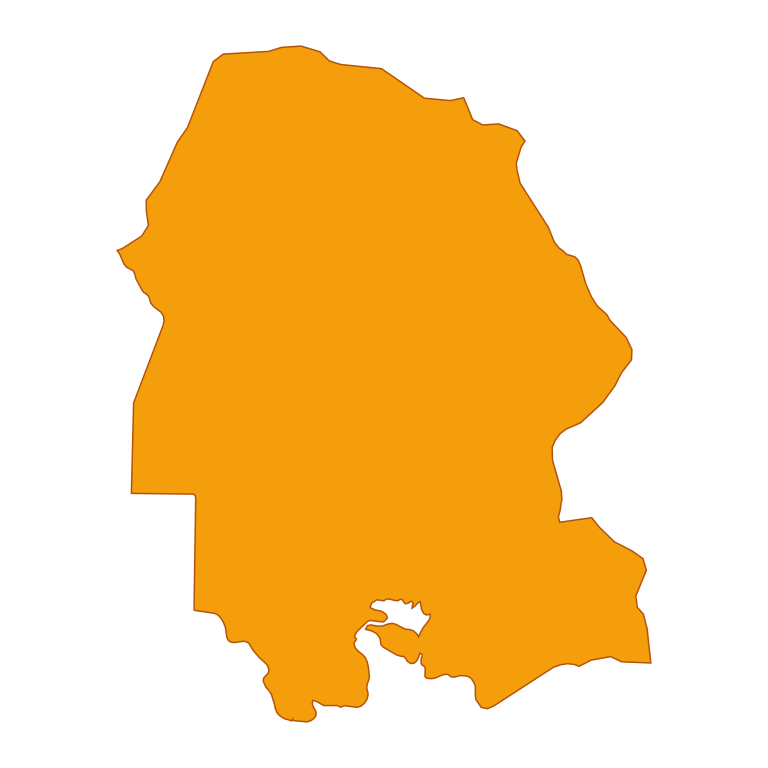 the Province of Khuzestan
{"feature_id": "IRN-3219", "entity_name": "Khuzestan", "entity_type": "Province", "adm_level": 1, "iso_a3": "IRN", "parent_name": "Iran", "parent_adm1": "", "projection": "albers", "projection_center": [48.994, 31.501], "detail": "fine", "context": "isolated", "style": "filled", "palette": "amber", "viewbox_px": 768, "rotation_deg": 0, "n_neighbors": 0, "source": "natural_earth", "source_scale": "10m", "svg_char_len": 3649}
<svg xmlns="http://www.w3.org/2000/svg" viewBox="0 0 768 768"><path d="M233.6,642.5L231.4,642.2L229.3,641.2L227.8,639.6L226.9,637.5L225.5,627.8L223.8,623.1L221.4,618.7L218.3,615.3L216.3,614.1L214.2,613.3L194.3,610.3L194.1,603.6L195.7,498.2L195.1,495.3L193.1,494.1L131.4,493.4L132.7,440.5L133.6,403.0L162.9,325.9L164.1,320.9L163.6,316.3L161.1,312.3L153.8,306.7L150.9,303.3L150.3,301.7L149.3,297.8L148.3,295.9L146.9,294.5L143.6,292.3L142.3,290.5L135.8,278.5L135.0,274.6L133.2,270.7L126.8,267.4L124.0,264.1L119.9,254.5L117.2,250.5L122.2,248.6L141.7,236.1L148.4,225.4L146.4,211.4L146.2,200.2L159.9,181.7L177.3,142.2L187.5,127.5L213.3,61.6L223.2,54.1L268.6,51.4L281.5,47.4L301.0,46.1L320.0,51.8L329.4,61.0L340.8,64.5L381.5,68.7L424.4,98.2L450.3,100.6L463.7,97.7L472.7,119.7L482.7,125.0L498.7,123.9L517.2,130.8L525.0,141.1L521.0,147.2L516.2,163.6L517.0,170.0L520.1,183.2L548.3,227.2L554.2,241.9L558.8,247.8L563.4,251.1L566.1,254.1L574.9,256.9L578.0,259.9L580.6,265.7L585.8,283.9L591.5,297.0L597.3,306.0L606.6,314.4L610.3,320.7L626.3,337.6L631.9,349.6L631.5,359.8L621.5,372.7L615.0,385.6L602.8,402.4L580.6,422.8L566.2,429.0L559.9,433.9L555.3,440.2L552.2,447.4L552.5,460.2L561.3,491.0L561.9,499.9L561.0,503.2L560.3,509.7L558.4,516.9L559.7,522.2L591.7,517.7L599.4,527.3L614.3,541.8L632.3,551.1L643.0,558.7L646.4,570.2L635.8,596.0L637.3,607.4L643.4,614.1L647.1,628.6L650.8,663.0L621.6,661.8L610.7,656.6L591.2,660.1L579.1,666.3L574.1,664.4L567.3,663.7L560.3,664.8L553.4,667.3L494.2,705.7L487.4,708.7L481.3,707.4L475.9,699.6L475.4,696.0L475.3,686.1L473.8,682.3L472.4,680.4L471.9,679.2L471.2,678.3L469.2,677.1L467.3,676.3L465.5,675.9L461.4,675.6L459.4,675.8L455.3,676.9L453.1,677.1L450.9,676.7L448.2,674.6L446.6,674.2L442.7,674.8L435.6,677.9L431.7,678.7L426.8,678.3L425.0,676.5L425.2,667.4L424.7,666.8L422.0,664.9L421.2,663.6L421.1,662.4L421.2,659.2L421.5,657.5L422.3,656.1L422.2,654.7L419.9,653.2L418.8,656.9L416.9,660.6L414.1,663.2L410.9,663.6L407.5,661.5L405.9,658.7L403.8,656.5L400.6,656.2L396.2,654.7L383.7,647.4L381.1,644.9L379.8,637.9L376.5,633.5L371.6,630.9L365.5,629.3L367.5,625.7L370.7,624.9L378.4,626.2L382.4,626.0L388.6,623.9L392.1,623.3L395.9,624.3L403.7,628.4L406.3,629.3L410.5,629.7L413.7,631.0L416.3,633.3L418.7,636.7L419.8,633.8L423.4,627.4L428.9,620.3L430.0,617.9L430.2,614.2L426.3,615.0L423.5,613.1L421.7,609.8L420.2,601.8L418.0,602.8L415.1,606.0L412.1,608.2L412.4,605.4L412.7,604.7L413.4,603.7L411.8,601.3L410.2,601.7L408.3,603.1L405.7,603.8L404.5,603.0L402.4,599.9L401.1,599.3L400.0,599.5L398.2,600.5L397.2,600.8L393.5,600.2L390.1,599.2L386.9,599.0L383.7,600.8L376.9,599.8L371.5,603.2L370.1,607.7L375.2,609.9L381.2,611.1L385.9,614.1L387.4,618.0L383.7,621.8L380.5,621.8L370.3,620.4L368.1,621.0L357.8,630.7L357.0,631.6L355.3,634.3L354.4,637.0L356.5,639.0L355.8,640.5L354.5,642.3L353.9,643.4L355.3,648.1L358.6,651.5L362.4,654.4L365.5,657.8L367.1,661.7L368.3,666.7L369.4,676.5L369.0,679.3L367.3,683.8L366.8,686.2L366.9,688.6L367.9,692.7L368.0,695.2L366.9,699.5L364.3,703.4L360.9,706.2L357.0,707.3L344.2,705.7L340.8,707.2L337.2,705.5L323.9,705.6L315.9,701.1L312.8,700.4L312.3,704.2L313.2,706.8L315.7,711.0L316.2,714.0L315.7,716.1L314.3,718.0L312.6,719.5L310.9,720.6L306.6,721.9L292.7,720.5L292.7,719.1L291.7,720.4L291.4,720.9L290.1,720.3L284.3,718.6L281.4,716.9L278.8,714.8L277.6,713.5L276.7,712.1L275.1,707.8L274.7,705.0L271.3,694.1L270.8,693.7L269.7,691.4L265.9,687.1L263.6,682.0L263.2,680.5L263.7,678.1L265.2,676.3L267.0,674.6L268.4,672.8L268.9,670.4L268.5,668.1L267.6,665.8L266.3,664.0L259.0,657.2L253.0,650.2L249.2,643.8L247.4,642.2L245.2,641.5L242.8,641.3L235.9,642.4L233.6,642.5Z" fill="#f59e0b" stroke="#b45309" stroke-width="1.5"/></svg>